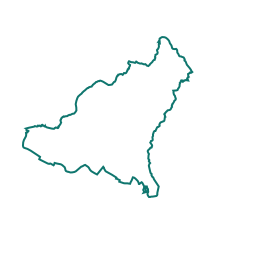 outline of Lozna, Salaj, Romania, rotated 227°
{"feature_id": "2599482B10357356910140", "entity_name": "Lozna", "entity_type": "district", "adm_level": 2, "iso_a3": "ROU", "parent_name": "Romania", "parent_adm1": "Salaj", "projection": "equal_earth", "projection_center": [23.494, 47.297], "detail": "fine", "context": "isolated", "style": "outline", "palette": "teal", "viewbox_px": 256, "rotation_deg": 227, "n_neighbors": 0, "source": "geoboundaries", "source_scale": "gbopen_adm2", "svg_char_len": 5851}
<svg xmlns="http://www.w3.org/2000/svg" viewBox="0 0 256 256"><g transform="rotate(227 128 128)"><path d="M171.8,212.3L171.7,211.9L170.5,210.8L170.4,210.5L170.6,210.2L170.4,209.5L170.1,210.2L169.7,210.2L168.9,209.5L168.1,208.9L168.8,208.3L168.0,207.4L166.3,206.0L165.6,204.6L165.3,203.7L165.4,202.9L165.2,202.3L163.0,201.2L162.3,200.2L162.3,199.7L162.8,198.0L162.2,197.4L161.5,196.1L160.7,195.9L159.7,194.0L160.1,193.7L160.0,193.2L160.1,192.7L160.0,191.7L159.7,190.9L159.7,189.1L159.7,187.7L159.4,187.0L159.5,185.7L159.4,185.2L160.6,184.4L162.8,184.3L163.4,183.4L164.1,182.8L165.0,182.5L165.7,182.0L166.1,181.9L166.5,181.2L167.0,180.7L169.1,179.6L170.9,179.4L171.0,179.3L170.7,178.2L170.8,177.6L172.5,176.6L173.9,175.3L174.9,174.8L176.1,174.3L175.8,173.0L175.2,172.3L174.0,172.2L172.7,172.5L172.2,171.9L171.5,169.9L171.0,169.6L170.8,169.2L171.2,168.7L171.1,168.3L171.1,168.0L170.7,167.9L170.6,166.8L170.4,166.7L169.6,164.4L169.6,164.1L169.9,163.3L170.7,162.8L170.7,162.5L170.9,162.4L170.5,160.4L171.9,160.0L172.9,158.8L173.2,157.9L173.6,157.3L173.3,157.0L173.3,156.5L173.5,156.2L173.4,155.7L173.2,155.6L173.3,155.2L173.1,154.9L172.9,154.1L171.5,151.9L170.9,150.4L170.8,150.0L171.2,149.1L170.7,145.9L171.9,144.1L172.8,143.0L178.7,141.4L180.4,140.7L181.7,139.9L181.9,138.9L182.4,138.5L182.7,137.9L182.9,136.8L183.4,136.0L183.3,134.3L183.5,133.5L183.4,132.8L183.6,131.8L183.3,131.1L183.3,130.1L183.1,129.7L184.4,127.5L184.3,126.4L184.8,125.8L184.9,124.4L184.9,122.2L185.1,120.3L185.0,119.4L185.1,118.7L184.8,117.7L185.0,115.5L185.0,112.9L184.4,111.3L183.0,108.7L181.1,106.0L178.3,104.2L176.0,102.2L175.5,100.4L175.3,98.5L175.5,98.1L176.3,97.0L176.9,94.8L177.6,94.1L177.7,93.4L178.0,93.1L178.1,91.7L179.5,89.9L179.5,89.5L179.8,88.9L180.1,88.5L180.4,88.6L180.7,87.5L180.5,87.0L180.6,85.8L180.1,85.0L179.8,84.7L179.8,83.9L178.0,82.9L177.7,82.9L177.4,82.3L177.0,81.4L176.5,79.1L176.3,78.6L176.4,78.4L176.6,78.5L176.6,78.0L176.5,77.8L175.8,77.5L175.7,76.8L175.9,76.5L177.6,75.6L177.6,75.2L177.9,74.5L177.8,74.1L177.9,73.3L179.5,71.9L183.7,69.1L185.4,68.6L185.9,68.8L185.7,68.3L186.1,68.0L187.1,67.9L187.5,67.6L187.8,67.7L188.8,67.5L188.9,67.3L188.6,66.8L188.9,66.7L189.0,66.2L188.5,66.0L188.6,65.4L188.8,65.2L190.0,65.0L190.2,64.5L191.1,63.8L190.8,63.3L191.0,63.1L191.1,62.4L192.9,61.2L192.9,60.6L193.6,59.3L195.8,55.7L197.1,53.2L196.8,53.3L196.7,53.0L195.9,52.5L195.3,52.5L195.2,52.2L194.5,52.6L194.3,53.0L193.7,53.1L193.6,52.4L193.7,51.9L193.4,51.4L193.7,50.8L193.6,50.4L193.9,50.0L192.4,48.9L191.5,47.6L190.2,43.7L189.8,43.0L189.0,41.6L186.7,39.1L185.8,38.6L185.1,38.4L184.2,38.6L181.3,40.2L177.7,41.4L166.9,44.0L165.7,41.8L165.0,42.0L156.7,45.1L155.5,45.9L155.2,46.7L154.8,47.1L151.5,48.1L151.6,48.8L152.5,50.5L150.6,51.7L147.3,54.1L145.7,54.6L142.4,54.9L140.7,54.1L139.8,53.5L138.8,53.3L137.3,53.9L137.1,54.2L134.7,55.6L133.6,56.9L132.4,58.8L131.9,60.4L131.6,67.5L131.1,68.5L130.6,70.7L130.2,71.5L126.7,72.3L125.4,72.2L123.4,71.7L121.4,71.7L117.6,72.8L115.1,73.7L116.5,83.4L115.3,83.3L114.9,82.9L112.1,82.2L111.4,82.2L104.7,84.4L99.6,85.7L99.1,84.7L98.2,85.3L95.5,86.4L94.7,85.0L90.6,87.2L89.5,88.1L88.2,89.6L85.8,91.5L86.6,93.1L87.2,95.0L88.6,97.9L87.8,98.5L86.2,98.9L82.7,99.0L80.6,98.4L79.7,97.8L79.3,98.1L79.1,100.9L78.4,101.1L77.9,101.0L76.0,100.5L73.9,99.8L72.9,98.2L72.4,97.0L71.9,96.7L70.3,96.4L70.0,95.3L68.7,97.8L71.0,98.9L73.5,100.8L72.4,101.9L71.3,101.2L69.6,100.9L68.4,99.8L67.8,99.5L67.4,99.0L67.5,98.8L67.2,98.1L66.1,97.0L65.0,96.5L63.2,96.3L62.3,97.4L62.1,98.0L60.9,99.4L59.3,101.8L58.9,102.5L59.0,103.5L59.6,104.4L59.9,104.5L60.7,105.4L64.3,110.6L72.7,112.0L74.5,112.7L75.1,112.7L75.4,112.5L76.2,112.6L77.5,113.0L78.2,113.9L79.5,113.8L80.3,114.1L86.2,117.5L87.1,119.1L87.3,119.7L87.3,120.3L89.4,120.5L89.7,120.8L89.8,121.4L90.0,121.7L91.1,121.9L91.7,121.9L94.0,124.4L94.7,125.6L95.5,125.7L97.3,126.4L97.8,126.9L97.9,127.6L98.1,128.2L97.9,129.4L98.2,130.3L98.2,131.0L98.1,131.3L97.7,131.6L97.6,131.9L97.7,132.2L98.3,132.9L98.4,133.4L98.9,133.8L99.5,134.0L102.0,134.3L102.0,134.6L102.7,135.6L102.8,136.0L102.3,136.8L102.3,137.7L102.7,138.2L104.6,139.6L104.8,139.9L105.1,140.9L106.4,142.0L106.7,142.8L107.4,143.8L107.7,144.9L107.7,145.4L107.1,146.0L108.6,149.7L108.6,150.2L108.2,150.7L108.2,151.4L107.9,152.0L107.9,152.3L108.1,152.7L109.2,153.4L109.8,155.1L109.8,155.7L109.6,156.3L109.3,156.9L109.1,157.8L108.6,158.6L108.6,159.5L109.1,160.3L110.5,162.0L110.8,162.5L110.7,162.9L111.6,163.1L112.1,163.7L113.3,163.9L113.5,164.2L113.6,164.9L113.4,165.1L113.5,165.6L113.7,166.2L113.8,167.3L113.7,167.6L113.9,169.0L113.2,170.0L112.6,171.3L112.6,171.8L112.9,172.9L113.4,173.8L113.4,174.6L114.5,175.3L114.8,176.4L115.2,176.5L115.4,177.3L115.3,177.7L115.9,179.8L116.3,180.3L116.2,181.5L116.3,182.3L116.7,182.6L117.1,183.2L117.8,183.3L119.4,184.2L121.1,184.4L122.1,184.9L122.7,185.4L123.1,185.6L123.8,186.4L124.4,186.6L122.5,189.0L122.0,190.1L122.7,191.7L122.7,192.3L123.2,193.9L123.7,194.6L124.4,195.1L125.0,196.2L125.6,196.6L125.5,197.1L125.8,197.9L126.2,198.4L126.5,199.4L125.8,200.1L125.6,200.1L125.6,199.8L125.4,199.4L125.0,199.4L125.2,200.1L124.7,200.2L125.0,200.6L124.8,201.1L125.1,201.7L124.6,201.0L124.2,201.2L124.2,201.7L124.0,201.9L124.1,202.2L123.8,202.8L121.7,204.4L122.2,204.6L122.5,204.3L123.3,204.1L123.7,205.0L124.0,205.2L124.0,205.9L123.8,206.4L124.3,206.8L124.1,207.3L124.7,207.4L126.5,208.7L126.2,209.8L126.2,210.0L126.0,210.6L126.3,210.7L126.3,211.2L125.2,212.1L125.1,213.2L126.8,213.3L127.7,213.7L130.0,214.0L134.1,214.2L137.4,215.5L138.8,215.3L139.3,215.7L139.5,216.3L141.5,216.8L142.1,216.6L143.1,216.0L144.0,215.7L145.2,214.7L145.8,214.6L147.8,215.3L149.5,215.5L151.4,217.0L152.5,217.2L153.1,217.1L153.6,216.2L154.6,215.3L155.4,214.8L156.3,214.8L158.8,216.1L161.3,216.4L163.5,217.4L165.2,217.6L166.7,217.5L168.4,217.2L169.6,216.5L171.1,215.1L171.4,214.5L171.8,212.3Z" fill="none" stroke="#0f766e" stroke-width="2"/></g></svg>